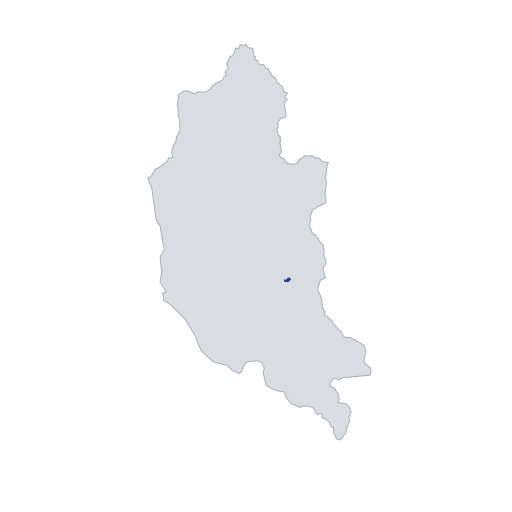 Su'xbaatar, Ulaanbaatar, Mongolia (highlighted), rotated 68°
{"feature_id": "93677404B10423406698460", "entity_name": "Su'xbaatar", "entity_type": "district", "adm_level": 2, "iso_a3": "MNG", "parent_name": "Mongolia", "parent_adm1": "Ulaanbaatar", "projection": "orthographic", "projection_center": [106.924, 48.052], "detail": "fine", "context": "in_parent", "style": "filled", "palette": "blue", "viewbox_px": 512, "rotation_deg": 68, "n_neighbors": 0, "source": "geoboundaries", "source_scale": "gbopen_adm2", "svg_char_len": 4626}
<svg xmlns="http://www.w3.org/2000/svg" viewBox="0 0 512 512"><g transform="rotate(68 256 256)"><path d="M56.5,185.6L57.9,185.9L60.5,184.8L61.3,182.5L62.3,181.4L67.6,182.1L69.8,183.3L70.5,181.9L71.0,181.8L72.0,183.4L73.3,183.1L74.2,182.8L75.4,181.2L77.1,181.9L80.6,180.6L81.3,177.2L82.7,176.6L85.6,176.6L86.2,175.0L86.9,174.7L89.0,174.7L92.8,173.7L94.5,173.9L96.1,172.6L99.5,171.2L104.3,171.2L104.9,170.3L109.8,167.9L114.3,168.7L116.1,166.1L116.8,166.0L119.3,169.9L120.7,169.7L121.4,168.5L123.3,168.9L123.7,171.4L124.6,172.5L137.9,175.8L138.2,176.7L138.1,182.2L140.2,185.2L140.6,186.5L144.4,186.7L146.2,189.1L149.6,189.5L151.1,190.3L154.6,188.8L155.4,188.9L156.2,190.1L157.9,189.6L160.6,191.8L163.0,191.8L164.0,192.7L165.4,192.3L168.7,193.3L171.0,196.5L172.8,196.5L175.3,194.9L176.0,193.7L179.3,193.4L181.3,192.3L182.6,191.3L184.9,187.2L185.7,182.9L184.2,182.1L183.0,180.5L182.5,178.0L182.6,176.4L181.4,173.7L181.6,172.5L182.8,170.5L183.6,167.1L184.9,165.3L187.2,164.5L187.6,163.1L189.2,160.6L192.8,159.4L195.0,156.7L196.4,153.8L197.8,155.5L201.9,158.0L205.5,159.4L207.6,161.8L214.0,162.9L224.3,168.9L226.5,168.8L232.8,171.4L233.3,172.2L233.0,176.1L233.4,177.2L233.4,181.4L234.5,183.6L234.0,186.1L234.5,186.9L236.1,187.3L238.5,190.1L244.2,192.3L245.9,194.1L249.8,195.4L251.9,194.8L255.2,195.3L256.5,195.1L258.7,193.1L260.1,192.6L267.7,191.2L269.8,189.9L271.3,189.7L277.2,191.1L281.3,193.1L287.3,192.9L290.1,195.2L291.3,197.3L293.7,199.1L302.1,199.8L302.5,200.2L302.4,204.7L302.7,205.4L308.3,210.2L310.9,211.5L318.6,211.1L330.7,213.8L333.4,212.7L336.0,214.2L337.0,214.0L344.6,209.6L345.7,209.8L353.6,207.7L358.6,205.3L362.5,205.2L365.4,203.2L366.4,199.7L371.1,195.3L379.3,189.4L384.8,189.6L388.1,191.1L391.8,194.3L393.8,195.1L397.3,195.0L402.1,192.0L404.8,192.3L407.3,193.1L409.2,194.7L403.5,214.2L403.6,215.3L401.5,219.5L401.8,225.8L398.8,228.4L399.6,231.8L400.4,233.1L404.4,236.2L405.6,235.6L406.4,234.0L408.2,232.5L411.8,232.4L414.9,231.4L418.9,232.1L422.8,234.5L427.2,227.5L431.8,226.0L436.3,226.2L440.3,230.0L444.6,231.3L446.0,233.5L447.8,234.3L448.4,235.4L454.0,239.4L455.5,242.5L457.3,244.5L457.7,246.9L457.5,248.1L455.7,249.7L448.6,250.2L444.2,248.6L442.8,250.1L437.5,250.4L434.6,251.8L432.6,253.0L431.6,254.7L430.7,255.2L429.8,255.3L428.1,254.3L426.7,254.5L426.3,254.8L425.9,258.9L421.3,259.5L419.7,259.2L416.1,261.6L415.7,263.2L413.8,265.6L412.4,269.8L413.0,271.4L412.5,272.6L409.3,275.1L406.4,278.7L399.6,280.7L396.4,281.3L394.0,280.8L391.7,281.6L390.1,285.3L386.0,290.1L379.8,295.0L367.8,293.3L366.2,292.8L363.6,290.3L356.7,290.6L354.8,292.6L353.2,295.4L350.8,304.3L353.8,309.0L357.2,312.1L358.6,314.3L358.7,316.2L356.6,317.3L353.7,320.7L346.4,324.0L338.4,335.2L323.8,342.1L314.7,342.8L307.4,342.3L287.7,345.5L275.0,350.9L265.4,355.6L263.3,357.9L262.3,358.2L260.6,357.3L255.4,356.8L255.6,352.7L244.3,354.7L235.5,349.4L222.7,345.8L220.2,344.6L216.2,338.9L213.9,338.0L208.3,337.4L193.1,333.7L185.7,335.1L154.8,327.4L143.4,327.2L143.0,326.7L142.7,323.2L138.1,317.2L137.6,315.8L137.6,313.7L134.8,302.4L132.3,300.4L133.3,295.9L129.2,295.7L125.0,293.2L120.9,289.3L119.0,286.6L115.9,285.5L112.7,280.6L111.0,279.4L101.7,276.0L96.9,275.6L92.0,273.5L86.2,272.2L84.5,270.9L82.8,270.7L79.8,268.1L77.5,268.0L76.0,261.3L77.4,257.6L79.0,255.6L82.3,252.7L82.5,251.4L82.0,248.1L84.6,242.9L84.8,239.4L84.1,235.3L82.4,233.9L80.7,228.1L80.7,223.8L80.2,220.8L77.7,218.5L77.4,215.8L76.6,215.4L75.8,216.1L74.1,216.0L72.7,214.1L72.2,212.2L71.3,211.5L69.5,211.1L67.7,211.5L66.0,210.7L64.8,208.7L61.2,205.3L61.6,203.5L61.3,202.1L60.1,201.4L59.2,199.8L55.6,197.3L55.7,196.4L57.3,194.7L55.0,192.5L54.3,190.6L56.4,188.8L56.1,187.1L56.5,185.6Z" fill="#d9dde1" stroke="#a8b0b8" stroke-width="1"/><path d="M289.3,233.4L289.3,233.5L289.2,233.6L289.2,233.8L289.2,234.0L289.1,234.3L289.3,234.4L289.3,234.5L289.5,234.5L289.5,234.8L289.4,234.9L289.4,235.0L289.5,235.1L289.4,235.1L289.5,235.2L289.5,235.3L289.5,235.5L289.6,235.8L289.6,236.0L289.8,236.3L289.8,236.5L290.0,236.7L290.0,236.8L290.0,237.0L290.0,237.3L289.9,237.3L289.8,237.5L289.8,237.8L289.8,238.0L289.7,238.1L289.7,238.3L289.8,238.3L289.8,238.5L289.6,238.6L289.8,238.7L290.0,238.7L290.0,238.4L290.0,238.2L289.9,238.0L289.9,237.9L290.0,237.9L290.0,237.7L289.9,237.7L290.0,237.7L290.3,237.5L290.6,237.4L290.8,237.3L290.9,237.2L290.9,236.9L290.9,236.7L291.0,236.7L291.2,236.4L291.3,236.4L291.3,236.2L291.3,235.9L291.3,235.7L291.3,235.4L291.2,235.4L291.2,235.2L291.1,234.9L291.0,234.7L290.9,234.6L290.9,234.4L290.8,234.2L290.7,234.0L290.7,233.9L290.6,233.7L290.5,233.4L290.5,233.2L290.4,233.2L290.4,233.3L289.7,233.4L289.3,233.4Z" fill="#3b82f6" stroke="#1e3a8a" stroke-width="1.5"/></g></svg>